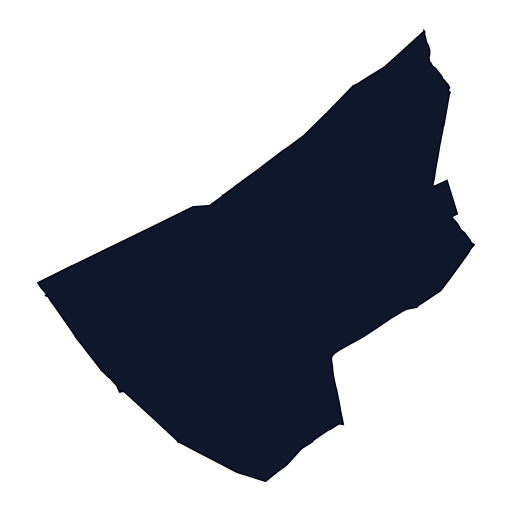 Buftea, Ilfov, Romania (Robinson projection)
{"feature_id": "2599482B99288880731424", "entity_name": "Buftea", "entity_type": "district", "adm_level": 2, "iso_a3": "ROU", "parent_name": "Romania", "parent_adm1": "Ilfov", "projection": "robinson", "projection_center": [25.955, 44.56], "detail": "fine", "context": "isolated", "style": "filled", "palette": "ink", "viewbox_px": 512, "rotation_deg": 0, "n_neighbors": 0, "source": "geoboundaries", "source_scale": "gbopen_adm2", "svg_char_len": 4048}
<svg xmlns="http://www.w3.org/2000/svg" viewBox="0 0 512 512"><path d="M178.2,442.4L178.6,442.2L178.9,441.9L179.6,442.3L181.0,443.1L184.4,444.8L186.5,446.0L187.5,446.5L193.5,449.7L198.8,452.5L210.2,458.3L210.3,458.4L237.0,472.3L248.9,476.0L251.0,476.7L265.5,481.3L268.6,478.8L271.1,476.8L273.8,474.6L274.8,473.9L275.1,473.6L277.6,471.6L281.2,469.0L282.7,467.9L285.7,465.8L287.4,464.1L289.4,461.9L291.3,459.8L293.4,457.5L294.1,456.8L301.5,448.6L304.2,446.8L304.4,446.8L312.4,441.8L313.4,440.2L321.1,434.8L321.6,434.5L326.7,431.1L328.6,429.7L330.0,429.6L335.5,425.9L336.6,425.3L338.7,424.0L339.1,423.8L339.3,423.8L341.3,424.1L343.0,424.3L343.3,424.4L343.0,422.6L342.2,418.7L340.4,410.3L340.0,407.4L339.7,405.8L339.7,405.6L338.7,400.6L338.2,398.1L336.5,389.4L335.7,387.1L335.4,385.5L333.9,378.3L333.4,375.9L332.6,369.7L332.5,367.3L331.3,359.1L331.6,357.5L332.0,356.1L333.2,354.6L334.9,353.0L337.1,351.5L340.1,349.6L350.0,344.0L352.4,342.7L352.9,342.5L354.7,341.5L360.4,338.4L364.3,336.0L367.0,334.3L370.1,332.2L372.8,330.5L376.7,327.9L381.9,324.4L382.5,323.9L383.3,323.3L384.3,322.7L387.4,320.6L390.5,318.4L391.3,317.8L393.1,317.0L403.7,310.5L406.5,309.2L416.8,307.2L418.2,305.6L430.3,297.5L436.9,293.1L440.0,291.1L441.9,289.1L449.6,278.9L467.8,253.8L468.3,252.9L469.5,251.2L469.8,250.1L470.9,248.5L472.8,246.4L473.8,245.3L474.2,244.7L473.6,244.3L472.8,243.8L471.9,243.1L470.8,242.2L470.2,240.5L469.4,239.3L468.4,238.2L467.8,237.3L465.7,234.5L464.3,232.5L463.8,232.2L462.3,231.2L460.4,229.2L459.7,227.7L458.7,225.8L458.5,225.4L458.4,225.2L457.9,224.4L457.2,223.5L454.3,220.0L453.6,219.3L452.1,217.7L452.2,216.5L457.3,213.8L452.6,198.5L450.0,190.1L447.0,180.4L434.1,186.4L433.9,186.5L433.8,186.3L433.0,185.1L432.8,184.4L433.7,180.9L434.7,175.8L434.6,175.2L435.9,167.4L436.7,162.7L437.9,156.4L439.4,147.2L439.6,146.0L442.0,133.6L443.0,129.1L442.9,127.5L443.2,126.8L443.7,126.1L446.1,112.7L448.4,99.1L449.1,95.4L449.3,94.1L450.1,92.5L449.8,91.9L448.7,91.3L448.1,90.6L449.6,87.6L448.3,85.3L447.5,84.0L447.1,83.6L445.5,81.8L444.4,80.3L443.8,79.7L442.6,79.2L442.5,78.0L442.3,77.4L440.9,75.1L439.5,73.5L435.4,68.2L435.2,68.1L434.7,67.8L433.9,67.3L432.3,65.9L431.7,64.8L431.4,63.9L430.1,62.2L429.3,60.7L429.1,59.4L428.9,57.5L429.5,55.2L429.7,53.1L429.7,51.2L429.7,50.6L429.5,49.8L428.4,45.6L426.7,42.8L426.6,42.4L426.4,41.8L426.0,40.3L425.7,38.8L425.3,37.4L424.9,35.4L424.7,34.7L424.6,34.1L424.6,33.5L424.6,31.4L424.4,31.2L424.0,30.7L424.0,30.8L423.8,31.2L423.7,31.4L423.5,31.7L422.0,33.1L418.3,36.4L412.9,41.4L411.2,42.9L403.6,49.8L395.0,57.6L393.6,58.8L392.2,60.1L384.8,66.8L363.0,80.3L358.0,83.7L353.2,85.8L339.2,100.3L327.9,111.9L303.7,135.7L289.2,146.5L286.7,148.2L282.6,150.9L258.0,169.7L244.4,179.6L242.6,180.9L242.3,181.2L236.6,185.2L233.1,188.0L231.6,189.1L223.4,195.2L223.1,195.0L221.7,196.6L220.6,197.6L217.5,199.8L212.8,203.3L211.8,204.0L211.6,204.1L209.5,205.7L207.8,205.8L193.4,206.8L193.1,206.8L185.9,210.3L183.9,211.3L149.6,228.2L136.6,234.5L123.5,240.9L110.4,247.2L97.3,253.6L78.9,262.6L73.5,265.2L72.4,265.6L72.0,265.7L66.2,268.6L63.9,269.8L37.8,282.8L41.2,287.9L43.2,290.3L44.7,291.9L45.6,293.1L46.1,293.7L46.6,294.4L45.6,295.6L48.5,296.9L48.4,297.0L50.5,300.6L54.0,305.3L69.6,327.7L69.9,328.1L72.1,331.3L74.5,334.9L74.6,335.1L75.0,335.8L75.1,336.1L75.2,336.4L75.3,336.6L75.4,336.8L75.7,337.1L77.9,339.9L80.0,342.6L82.2,345.3L85.0,348.9L87.7,352.5L89.2,354.5L92.4,358.4L95.9,363.0L98.7,366.7L100.5,368.9L101.0,369.9L101.2,370.2L104.8,373.4L107.8,376.4L108.4,377.1L108.7,377.3L109.3,377.6L109.7,378.0L110.2,378.6L110.8,379.0L111.4,379.7L111.6,380.1L112.4,380.8L114.4,383.1L114.8,383.5L115.5,384.0L116.7,385.8L117.4,386.7L118.2,389.1L118.7,389.8L119.1,391.0L119.5,391.8L120.0,392.3L121.4,390.9L121.7,391.5L122.0,391.7L123.2,391.5L124.1,391.7L128.6,395.6L137.3,403.6L142.0,407.9L146.7,412.2L151.3,416.5L157.3,421.9L162.9,427.3L165.1,429.2L167.5,431.5L168.8,432.7L170.7,434.5L172.1,435.6L172.6,436.1L173.2,436.7L174.7,438.1L176.9,440.3L177.9,441.4L178.0,441.8L178.1,442.2L178.2,442.4Z" fill="#0f172a" stroke="#020617" stroke-width="1.5"/></svg>